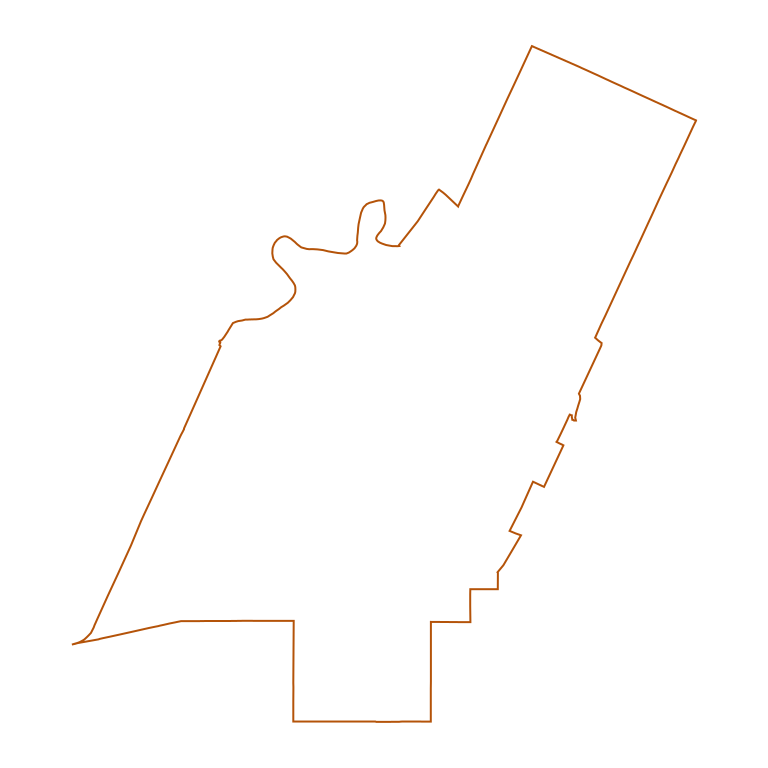 outline of Ciochina, Ialomita, Romania
{"feature_id": "2599482B22569016944723", "entity_name": "Ciochina", "entity_type": "district", "adm_level": 2, "iso_a3": "ROU", "parent_name": "Romania", "parent_adm1": "Ialomita", "projection": "albers", "projection_center": [27.026, 44.577], "detail": "fine", "context": "isolated", "style": "outline", "palette": "amber", "viewbox_px": 768, "rotation_deg": 0, "n_neighbors": 0, "source": "geoboundaries", "source_scale": "gbopen_adm2", "svg_char_len": 5156}
<svg xmlns="http://www.w3.org/2000/svg" viewBox="0 0 768 768"><path d="M575.9,420.5L575.2,417.6L575.7,415.1L576.2,412.1L577.4,408.4L578.1,405.9L579.5,401.5L580.2,399.1L580.0,395.8L578.9,393.7L601.0,346.3L601.4,345.2L601.6,343.0L600.3,342.1L598.1,340.4L595.1,337.7L595.6,336.7L601.4,323.8L605.3,315.7L626.6,269.6L630.5,261.2L633.0,256.0L635.6,250.4L636.9,247.5L640.7,239.4L647.9,223.7L651.3,216.4L653.0,212.7L658.5,200.6L661.4,194.4L666.8,182.9L668.4,179.6L671.9,172.2L675.8,163.6L676.3,162.6L678.8,157.4L679.9,154.9L683.9,146.5L687.7,138.3L693.2,126.4L696.1,120.5L696.1,120.4L693.6,119.3L689.0,117.2L685.8,115.7L682.1,114.0L674.6,110.6L672.7,109.7L667.6,107.3L655.7,101.9L649.0,98.8L642.8,96.0L637.8,93.7L633.3,91.6L627.8,89.1L624.4,87.6L620.6,85.8L615.7,83.6L611.5,81.7L607.7,79.9L606.5,79.4L604.2,78.3L601.4,77.0L597.8,75.3L594.0,73.6L587.0,70.4L581.6,68.0L580.6,67.5L580.0,67.2L531.9,46.1L520.9,69.9L513.3,86.2L507.6,98.3L503.7,106.8L499.0,117.1L486.4,144.4L486.3,144.5L473.0,174.1L471.1,178.6L469.6,181.9L468.4,184.5L463.3,195.2L458.3,205.9L458.1,206.5L457.9,206.3L445.6,194.7L443.1,192.6L439.0,189.6L438.1,190.3L435.8,193.6L433.7,197.0L425.7,209.1L417.7,221.3L399.0,245.0L399.4,246.0L397.2,246.2L394.8,246.1L392.3,246.1L389.9,245.7L386.1,245.0L382.1,243.6L380.0,242.7L377.9,241.4L376.9,240.3L376.3,239.1L376.2,238.3L376.4,237.4L377.2,235.7L377.9,234.7L379.3,232.9L381.0,231.1L383.3,227.3L385.0,223.5L385.4,220.3L385.5,217.5L385.4,215.1L384.9,212.5L384.5,210.4L384.3,207.8L384.1,204.9L383.7,202.3L383.2,201.5L382.5,200.8L381.4,200.5L380.3,200.4L378.5,200.5L376.1,201.0L374.4,201.5L372.7,202.0L369.5,202.8L367.5,203.8L366.6,204.2L365.4,205.5L364.6,206.2L363.6,207.3L362.7,208.9L362.1,210.4L361.1,212.7L359.8,218.5L359.2,221.3L358.6,224.1L358.2,227.4L358.0,230.0L357.8,232.7L357.6,234.2L357.4,235.8L357.2,238.6L357.1,240.5L357.3,241.8L357.1,243.7L356.3,245.7L354.5,248.3L352.6,250.0L351.4,250.9L350.2,251.7L348.8,252.6L346.5,253.5L344.1,253.5L338.0,253.0L333.2,252.2L328.4,251.4L323.1,250.1L317.5,249.4L312.5,249.1L309.1,249.2L306.7,248.9L304.9,248.4L301.3,247.4L300.2,246.6L297.5,244.5L296.6,243.7L294.9,242.0L290.9,238.7L289.3,237.8L288.1,237.2L287.2,236.7L286.1,236.5L284.8,236.3L283.4,236.5L281.2,237.2L279.5,238.1L277.2,239.9L276.8,240.3L276.6,240.7L275.8,241.6L275.4,242.1L274.9,242.7L274.5,243.4L274.2,244.1L273.7,245.1L273.1,246.7L272.7,247.9L272.5,249.5L272.3,253.3L272.8,256.6L273.5,259.3L276.1,262.7L281.2,267.8L282.4,268.9L283.8,270.4L285.4,272.2L287.1,274.2L288.1,275.6L290.1,278.4L291.9,280.6L293.5,282.9L294.9,285.4L295.3,287.1L295.4,289.6L295.3,291.8L294.9,293.4L293.9,295.3L293.1,297.0L290.5,300.1L287.8,302.8L283.7,305.7L281.2,307.2L279.1,308.9L275.5,311.4L273.3,313.2L269.9,315.3L267.6,316.8L263.9,318.1L261.9,318.6L258.7,319.1L256.3,319.3L252.0,319.4L249.1,319.5L247.3,319.6L245.4,319.6L242.1,320.5L238.2,321.1L236.0,321.8L232.9,323.1L228.3,330.5L227.8,331.5L226.8,333.0L224.3,336.8L222.5,339.1L222.3,339.3L222.0,339.7L221.5,340.0L221.1,340.3L220.7,340.4L220.5,340.5L219.7,340.7L219.5,340.9L219.2,341.3L219.2,341.7L219.6,341.9L219.8,342.0L220.2,342.2L220.3,342.3L220.3,342.6L220.2,343.0L219.7,344.0L219.6,344.4L219.4,345.1L220.5,346.1L220.6,346.3L215.6,357.6L215.5,357.8L198.2,396.7L191.1,412.6L184.0,428.5L184.0,429.2L183.0,431.1L182.5,432.1L181.4,434.1L180.3,436.3L168.6,461.6L164.6,470.2L158.8,482.7L151.8,497.9L144.1,514.4L141.0,521.2L133.8,538.6L131.2,544.9L130.5,546.5L118.4,573.0L107.9,595.6L96.9,619.9L95.4,623.3L94.7,624.8L94.3,625.8L93.7,627.5L90.9,633.0L90.3,633.6L88.7,635.3L86.8,637.2L84.4,639.4L82.9,640.4L79.7,642.1L77.6,642.9L73.5,644.1L71.9,644.6L73.7,644.1L74.9,643.9L76.2,643.5L77.6,643.1L80.9,642.5L86.0,641.6L88.2,641.2L98.8,639.3L99.3,639.0L103.2,638.1L109.4,636.8L120.8,634.3L125.3,633.3L129.8,632.3L139.6,630.1L148.9,628.0L155.2,626.7L158.3,626.1L159.7,625.7L163.9,624.8L169.5,623.5L175.5,622.3L175.9,622.2L181.2,621.1L184.5,621.1L191.1,621.1L194.5,621.1L198.7,621.1L199.9,621.1L206.3,621.0L214.5,621.0L218.7,621.0L222.2,621.0L227.0,621.0L228.1,621.0L237.3,620.9L243.8,620.8L251.2,620.8L255.9,620.9L262.5,620.9L270.1,620.9L278.0,620.9L287.9,620.9L288.8,620.9L289.4,620.9L293.7,620.9L293.3,683.1L293.4,686.7L293.4,688.5L293.3,702.0L293.3,703.1L293.3,708.7L293.3,720.2L293.3,721.5L299.2,721.5L309.9,721.5L320.5,721.5L334.2,721.5L363.9,721.5L375.3,721.5L376.3,721.9L383.6,721.9L394.7,721.8L396.2,721.8L399.1,721.8L401.0,721.6L402.9,721.5L430.8,721.6L430.8,708.2L430.8,702.2L430.8,698.6L430.8,693.7L430.8,688.8L430.9,681.7L430.9,673.9L430.9,664.8L430.9,647.1L430.9,643.2L430.9,633.6L430.9,621.9L457.9,622.1L470.4,622.1L470.3,614.1L470.2,606.1L470.2,594.3L470.3,589.2L497.8,589.2L497.9,572.9L497.5,572.3L503.4,565.2L512.2,550.3L521.0,535.3L515.6,533.4L509.6,530.9L521.6,507.3L523.8,502.3L532.9,481.9L533.0,481.7L544.0,486.9L549.2,475.8L563.2,445.8L563.4,445.3L556.8,442.1L556.5,441.9L557.2,441.0L560.5,434.3L563.3,428.4L566.7,421.1L567.1,420.3L568.2,417.7L568.8,416.3L569.4,415.4L569.7,414.6L570.2,414.7L570.8,415.0L571.5,415.4L571.8,415.4L571.8,416.6L571.8,417.1L571.9,417.5L572.2,418.8L572.3,419.8L573.3,420.0L573.9,420.5L574.4,420.5L575.5,420.5L575.9,420.5Z" fill="none" stroke="#b45309" stroke-width="2"/></svg>